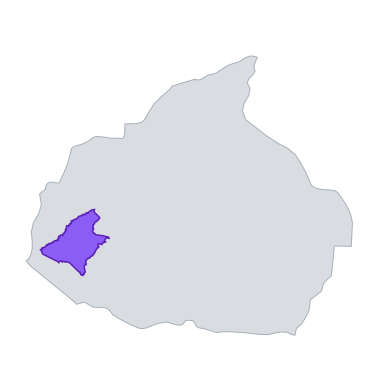 Mwenezi, Masvingo, Zimbabwe (highlighted), rotated 93°
{"feature_id": "62879985B12430304395671", "entity_name": "Mwenezi", "entity_type": "district", "adm_level": 2, "iso_a3": "ZWE", "parent_name": "Zimbabwe", "parent_adm1": "Masvingo", "projection": "equal_earth", "projection_center": [30.689, -21.398], "detail": "fine", "context": "in_parent", "style": "filled", "palette": "violet", "viewbox_px": 384, "rotation_deg": 93, "n_neighbors": 0, "source": "geoboundaries", "source_scale": "gbopen_adm2", "svg_char_len": 7630}
<svg xmlns="http://www.w3.org/2000/svg" viewBox="0 0 384 384"><g transform="rotate(93 192 192)"><path d="M269.7,353.9L266.5,351.2L262.1,349.4L256.6,348.6L249.3,349.0L240.5,350.4L230.9,348.7L220.7,343.6L212.3,341.8L202.2,344.0L201.8,344.0L200.0,342.3L197.2,338.6L192.6,338.0L191.4,337.1L190.3,335.7L189.6,334.0L189.4,332.0L190.1,325.9L189.7,325.2L188.5,324.5L185.9,323.7L179.8,321.0L172.2,318.3L159.8,315.4L154.9,314.6L153.8,313.7L152.4,311.4L150.0,304.4L147.7,299.8L142.3,292.6L141.5,290.4L141.7,284.7L142.0,280.1L142.6,276.2L142.3,272.6L142.2,268.0L142.3,265.0L141.6,263.7L139.7,262.7L134.1,262.3L127.5,262.5L127.2,257.9L126.5,250.7L125.2,246.6L123.7,244.5L120.6,242.2L114.3,239.2L105.8,234.5L98.5,227.6L90.1,219.1L87.5,217.6L84.3,209.5L79.5,195.7L79.8,191.1L79.0,188.9L74.4,182.1L73.4,178.5L72.5,175.0L65.2,165.0L62.7,160.7L60.7,155.1L58.8,150.6L57.2,148.8L55.1,145.8L53.6,142.3L53.0,139.7L53.5,136.2L54.1,133.9L61.1,136.3L64.8,136.6L67.8,135.3L71.5,137.0L75.9,141.5L80.6,142.3L85.7,139.5L92.7,140.4L101.4,144.9L108.7,145.8L117.3,141.8L124.9,130.7L132.1,120.3L139.1,108.3L143.4,98.6L149.6,90.6L157.9,84.5L166.4,79.4L179.3,73.1L181.9,67.9L182.7,62.2L182.7,54.2L183.3,49.1L184.7,46.8L186.8,44.9L189.6,42.6L198.1,36.5L205.3,32.7L214.0,30.2L223.6,30.1L232.8,30.1L238.0,30.1L238.1,37.7L238.5,46.3L239.5,47.1L246.4,47.3L257.5,47.9L268.2,48.5L275.0,54.7L277.3,56.0L284.4,57.7L293.5,68.1L304.4,69.0L311.9,72.3L318.5,75.8L322.2,80.1L324.7,81.1L328.0,81.4L329.6,81.8L329.3,84.8L327.0,90.0L327.3,97.5L330.3,107.8L330.7,116.7L329.7,132.5L329.6,147.8L329.9,153.2L330.4,156.8L331.0,158.8L330.9,161.1L329.1,167.5L327.6,174.2L327.5,176.9L327.0,178.8L325.9,180.5L321.1,183.6L320.3,185.5L320.3,189.0L320.9,191.9L322.7,193.0L324.8,194.6L325.6,196.8L325.6,199.1L324.9,203.4L323.0,210.4L324.9,218.5L327.0,223.8L329.9,229.9L331.0,233.6L331.0,236.3L330.5,238.9L326.1,250.0L322.9,256.9L319.0,264.3L313.9,268.9L312.6,271.1L312.1,273.7L312.2,279.2L312.0,285.0L307.6,293.8L310.2,301.5L309.6,302.2L308.2,303.3L301.9,311.8L295.5,320.5L290.9,326.9L285.6,334.1L279.7,342.1L274.7,349.0L269.7,353.9Z" fill="#d9dde1" stroke="#a8b0b8" stroke-width="1"/><path d="M257.6,340.2L257.7,339.9L258.1,339.7L258.7,339.4L259.1,339.1L259.5,339.1L261.9,337.8L268.3,323.0L268.4,322.6L268.6,322.0L269.4,321.4L269.1,321.3L268.8,321.1L268.3,320.2L267.7,319.7L267.7,319.2L267.9,319.0L268.0,318.7L268.5,318.4L268.6,318.1L268.6,317.8L268.4,317.8L268.3,317.6L268.0,317.2L268.2,315.8L268.4,315.5L268.5,315.3L268.5,314.9L268.5,314.7L268.5,314.2L268.3,314.0L268.2,313.4L268.4,312.9L268.9,311.3L269.0,311.0L269.0,310.7L276.2,302.5L277.4,301.1L277.5,300.9L277.6,300.3L277.7,300.0L278.2,300.0L278.3,299.7L278.7,299.5L279.1,299.4L279.3,299.2L279.5,298.9L279.9,298.9L280.3,298.7L280.2,298.5L280.4,298.5L280.6,297.9L280.5,297.7L280.9,297.4L280.9,297.5L281.0,297.4L281.0,297.5L281.1,297.3L280.8,297.0L280.7,296.8L280.6,296.6L280.4,296.5L280.2,296.3L280.0,296.0L279.9,295.7L280.0,295.5L279.9,295.4L279.7,295.3L279.1,295.6L278.7,295.6L277.8,294.6L277.2,294.4L276.6,294.8L273.0,295.5L272.1,295.8L271.1,295.9L270.7,295.4L270.5,294.5L270.2,294.0L269.6,293.8L269.1,293.8L268.8,294.4L268.0,294.6L267.1,294.5L266.9,294.3L266.3,294.0L266.0,294.0L265.4,294.2L265.1,294.0L264.8,293.3L264.6,293.2L264.3,293.0L264.1,292.8L263.9,292.3L263.5,291.7L263.5,291.0L263.4,290.8L263.3,290.7L263.0,290.6L262.6,290.3L261.8,289.9L261.7,289.6L261.4,289.2L261.1,288.4L261.0,288.2L260.7,288.2L260.1,287.3L259.8,287.1L259.6,287.0L259.4,287.0L259.0,287.3L258.3,286.3L257.7,285.8L256.9,285.7L256.3,285.3L255.0,285.0L254.7,284.8L254.5,284.5L254.1,284.4L253.9,284.1L253.4,283.9L252.9,283.8L252.9,283.6L253.0,283.4L252.9,283.2L251.8,282.1L251.2,282.3L250.9,282.7L250.5,282.9L250.3,283.2L249.3,283.2L249.1,283.1L248.7,283.0L248.5,282.8L248.6,282.4L248.7,282.0L248.9,281.0L249.1,279.6L249.2,279.2L248.2,279.2L248.0,278.7L247.8,278.3L247.7,278.2L247.3,278.3L247.1,278.2L247.0,277.5L246.9,277.2L246.6,277.2L246.4,276.7L246.6,276.4L246.6,276.0L246.4,275.6L245.6,276.3L245.2,276.8L245.1,276.7L244.4,276.6L244.0,276.4L243.7,276.2L243.3,275.7L242.6,275.4L242.4,275.0L242.3,274.3L242.3,273.9L242.6,273.3L242.7,272.7L242.7,272.3L242.5,272.2L242.2,272.7L241.7,272.9L241.4,273.3L241.2,273.8L241.1,275.0L241.1,275.3L240.9,275.7L240.7,276.4L240.6,277.4L240.2,279.3L240.1,281.1L240.2,281.7L240.0,282.3L240.0,283.0L239.8,283.7L239.8,284.4L239.9,285.5L238.9,286.7L238.6,287.3L238.4,287.3L238.3,287.6L238.2,287.7L238.1,287.8L238.2,288.0L238.1,288.3L237.6,288.2L237.5,288.3L237.3,288.6L237.0,289.0L236.8,289.1L236.3,289.4L236.1,289.4L235.3,288.8L235.1,288.8L234.8,289.1L234.3,288.6L234.1,288.3L233.1,288.8L233.0,289.3L232.2,289.1L231.8,288.8L231.5,288.9L231.0,289.1L230.5,288.7L230.2,288.8L230.0,289.0L229.3,288.4L229.1,288.1L228.8,287.7L228.5,287.7L228.0,287.7L226.7,286.9L226.6,286.7L226.5,286.1L226.5,285.7L226.2,285.4L225.8,285.4L224.5,284.0L223.8,283.4L223.7,283.1L223.1,283.0L222.5,283.3L222.2,283.1L222.1,283.3L221.5,283.7L220.7,284.7L219.9,285.4L218.6,287.0L217.8,287.9L216.5,288.8L215.9,288.9L214.6,288.4L214.6,288.8L214.7,289.4L215.2,290.8L215.2,291.0L215.3,291.5L215.5,291.7L215.8,291.6L215.8,292.0L216.0,292.2L216.0,292.4L216.1,292.6L216.5,293.0L216.7,293.4L217.1,293.8L217.3,294.0L217.5,294.0L218.2,294.5L218.4,294.5L218.5,294.5L218.6,294.9L218.3,295.0L218.1,295.2L218.1,295.6L218.4,295.8L218.5,296.3L218.7,296.5L218.7,296.9L218.8,297.1L219.1,297.1L219.7,297.3L219.8,297.3L219.9,297.5L220.1,297.7L220.1,297.9L220.4,298.1L220.1,298.4L220.1,299.0L220.3,299.3L220.1,299.9L220.2,300.0L220.3,300.2L220.6,300.1L220.8,300.2L221.2,300.5L221.3,301.3L221.3,301.5L221.9,302.0L222.3,303.9L222.5,304.2L224.1,305.0L224.4,305.5L224.8,305.8L225.0,306.7L225.1,306.9L225.3,307.0L225.6,307.5L225.6,308.2L225.8,308.4L226.1,308.6L226.6,309.2L226.6,309.8L226.7,310.1L227.0,310.1L227.3,310.0L227.5,310.0L228.0,310.3L227.9,310.5L227.6,310.8L227.5,311.1L228.6,310.9L228.9,311.0L229.2,311.3L229.3,311.4L230.0,311.1L230.2,311.3L230.0,311.9L230.1,312.4L230.3,312.6L230.5,312.7L231.0,312.5L231.5,313.0L231.7,313.6L231.9,313.7L232.0,313.7L232.3,313.2L232.5,313.3L232.7,313.6L232.7,314.1L232.6,314.7L232.3,315.2L232.3,315.5L233.5,315.5L233.9,315.7L234.6,315.6L235.0,315.9L235.8,315.9L235.9,316.0L236.1,316.4L236.4,316.2L236.8,315.7L237.3,315.9L237.6,316.4L237.9,316.4L238.1,316.3L238.4,316.8L238.6,317.0L239.3,317.3L239.8,317.3L240.0,317.6L239.9,318.1L240.1,318.4L240.5,318.3L240.8,318.3L241.0,318.5L241.1,318.8L241.3,318.8L241.5,318.6L242.0,318.6L242.1,318.9L242.1,319.4L242.0,319.6L241.9,319.6L241.8,320.0L241.8,320.7L241.8,320.8L241.9,321.0L242.0,321.1L242.5,321.2L242.6,321.3L242.7,321.6L243.1,321.6L243.1,322.0L243.4,322.3L243.3,322.8L243.8,322.8L243.9,322.4L244.0,322.1L244.4,322.4L244.6,322.3L244.8,322.3L245.0,322.7L245.0,323.1L245.3,323.1L245.4,322.7L245.6,322.8L246.1,323.6L246.5,323.4L246.8,323.0L247.0,322.9L247.2,323.1L246.7,323.7L246.6,323.9L246.6,324.0L246.9,324.1L247.3,324.5L247.5,324.4L247.7,324.5L247.8,324.9L247.8,325.2L247.7,325.7L247.7,325.9L247.7,326.0L247.9,326.1L248.0,326.2L247.9,326.5L247.9,326.8L248.0,326.9L248.3,326.8L248.7,327.2L249.0,327.6L249.3,327.7L249.5,328.0L249.4,328.1L249.3,328.3L249.4,328.8L249.5,328.9L249.9,328.9L250.0,328.9L249.9,329.6L250.3,329.7L250.7,330.3L251.0,330.3L251.1,330.6L251.4,331.0L251.5,331.2L251.4,331.3L251.2,331.3L250.9,331.5L250.9,332.1L251.1,332.4L251.3,332.7L251.5,332.8L251.9,333.2L252.4,333.2L252.7,333.4L252.8,333.7L252.5,333.7L252.4,333.9L252.4,334.2L252.6,334.4L252.5,334.7L252.6,334.8L253.6,334.7L254.5,335.6L254.6,336.5L255.1,336.8L255.5,338.7L255.6,338.8L256.0,338.8L256.6,338.3L257.0,338.3L257.3,338.9L257.1,339.8L257.6,340.2Z" fill="#8b5cf6" stroke="#5b21b6" stroke-width="1.5"/></g></svg>